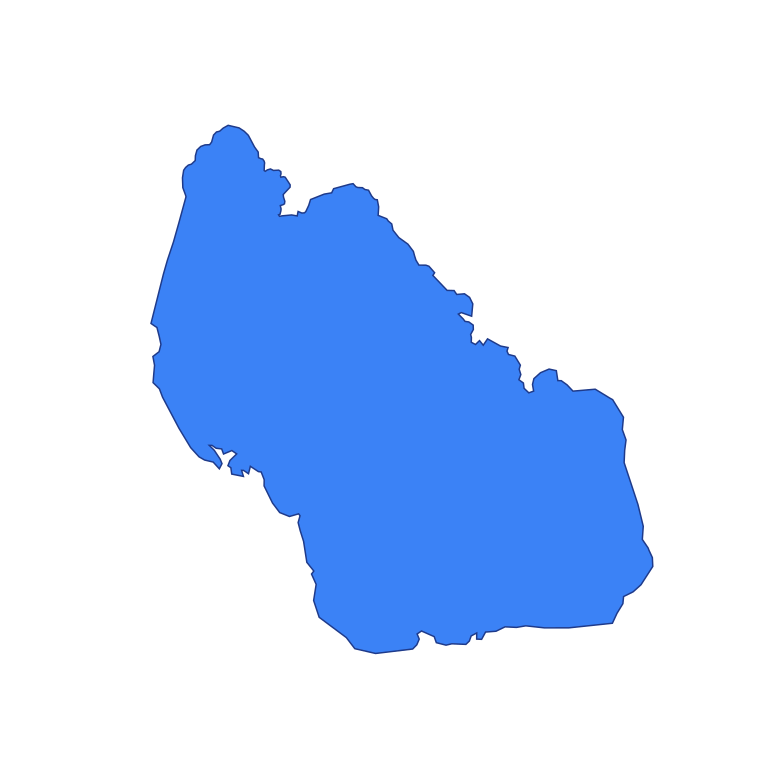 Wonei, Chuuk, Federated States of Micronesia (Natural Earth projection), rotated 165°
{"feature_id": "79324940B79401034886578", "entity_name": "Wonei", "entity_type": "district", "adm_level": 2, "iso_a3": "FSM", "parent_name": "Federated States of Micronesia", "parent_adm1": "Chuuk", "projection": "natural_earth1", "projection_center": [151.604, 7.383], "detail": "fine", "context": "isolated", "style": "filled", "palette": "blue", "viewbox_px": 768, "rotation_deg": 165, "n_neighbors": 0, "source": "geoboundaries", "source_scale": "gbopen_adm2", "svg_char_len": 3181}
<svg xmlns="http://www.w3.org/2000/svg" viewBox="0 0 768 768"><g transform="rotate(165 384 384)"><path d="M526.8,616.1L540.4,592.8L550.6,575.7L561.2,559.6L568.7,547.1L593.4,502.8L590.1,498.9L588.7,497.4L588.8,488.1L589.2,480.0L592.9,473.4L600.1,470.4L600.8,461.4L603.6,453.8L606.7,445.1L602.2,437.5L601.3,428.5L593.5,394.3L587.2,372.5L581.5,361.5L577.0,357.0L569.2,352.8L565.0,344.7L561.1,349.0L561.7,353.8L565.1,363.9L568.7,370.0L566.1,369.3L562.8,365.4L557.6,363.3L557.1,357.9L548.2,359.1L544.4,354.6L552.6,350.0L555.9,345.5L553.6,342.8L554.4,336.4L543.7,331.1L543.9,337.5L542.0,336.9L538.1,332.4L534.4,339.1L528.0,331.9L525.4,330.8L524.5,322.6L526.2,316.6L522.5,297.9L518.0,286.8L509.6,280.5L500.1,280.7L499.2,278.5L502.8,272.4L502.9,264.0L502.4,252.8L504.7,231.7L500.2,221.5L503.2,219.2L501.4,208.0L508.0,193.1L507.0,175.4L486.0,148.8L480.7,135.9L461.9,125.9L424.9,120.6L419.8,123.6L416.0,128.5L416.7,134.0L411.7,135.7L400.9,127.0L400.4,120.6L391.7,115.7L385.7,115.5L372.3,111.3L368.1,113.6L365.0,118.1L358.9,119.5L360.5,113.6L355.8,112.1L350.1,118.1L339.8,116.2L329.9,118.1L319.0,114.6L309.6,113.7L292.1,106.9L268.4,100.6L227.9,94.2L225.3,93.8L218.3,102.2L210.1,110.0L207.6,116.7L197.1,118.8L187.7,123.6L171.6,138.2L169.7,146.9L171.1,154.9L171.3,157.2L174.7,167.0L170.4,179.5L169.9,201.9L172.4,245.9L168.7,257.6L164.7,267.3L165.6,278.3L161.3,289.9L167.2,309.7L169.5,311.9L181.3,324.3L203.3,328.2L207.4,335.8L211.9,341.3L215.2,342.3L214.1,352.3L220.7,355.7L229.9,354.4L237.8,350.4L240.7,345.1L241.3,338.4L246.4,338.0L249.8,343.6L249.1,348.9L252.6,353.2L249.4,357.7L249.6,363.3L247.4,366.9L250.4,377.1L256.1,380.3L256.7,383.9L254.7,387.1L261.6,390.5L272.3,400.8L278.1,395.8L280.5,401.2L285.4,398.5L288.9,401.7L287.5,406.4L287.5,409.4L283.6,413.5L282.6,417.8L286.0,422.0L289.5,423.5L290.7,426.4L294.1,432.3L290.9,433.0L281.8,426.8L277.5,438.4L278.9,445.5L282.9,450.3L287.4,451.1L290.6,451.7L292.1,456.1L298.8,458.1L308.7,476.2L306.3,478.4L310.1,486.1L312.7,487.9L319.5,489.8L321.1,495.4L321.3,499.9L321.3,504.5L324.7,512.9L331.8,521.6L335.5,530.2L335.1,536.6L337.7,540.3L338.6,542.9L346.0,548.4L343.3,556.5L342.8,563.7L344.8,564.5L346.0,566.0L347.3,568.9L348.8,575.2L352.1,576.8L354.0,579.2L358.5,580.6L360.1,581.8L362.0,585.5L365.2,585.8L382.1,585.7L385.1,582.2L392.6,582.9L407.2,581.2L410.5,576.0L414.9,570.8L416.5,569.9L419.1,570.4L421.3,572.1L422.3,572.9L423.3,571.0L424.3,568.8L429.5,571.2L438.9,572.8L441.5,573.0L442.1,574.7L440.5,574.9L438.8,577.9L438.1,579.8L438.0,583.2L435.1,583.3L433.5,583.8L432.5,586.1L432.7,590.5L432.3,593.1L427.7,596.0L423.8,598.4L423.1,600.7L425.9,609.3L427.5,610.3L430.1,610.4L430.1,612.1L429.1,613.6L428.7,615.9L430.3,617.8L435.5,618.9L438.0,621.1L441.3,621.0L443.6,620.2L444.5,621.2L443.8,623.5L442.8,626.7L442.1,628.4L442.1,630.3L443.0,632.7L444.6,633.5L446.6,635.1L445.5,640.6L447.7,646.4L449.5,654.2L450.7,659.4L453.6,664.3L457.7,668.9L467.6,674.2L473.1,672.8L477.4,670.7L480.6,670.8L484.2,668.6L487.9,662.3L490.5,660.3L495.0,661.3L499.5,660.9L504.1,658.4L507.1,653.3L508.5,648.7L513.1,646.2L516.3,646.1L519.6,644.5L522.2,642.3L525.3,635.3L527.5,625.7L526.8,617.9L526.8,616.1Z" fill="#3b82f6" stroke="#1e3a8a" stroke-width="1.5"/></g></svg>